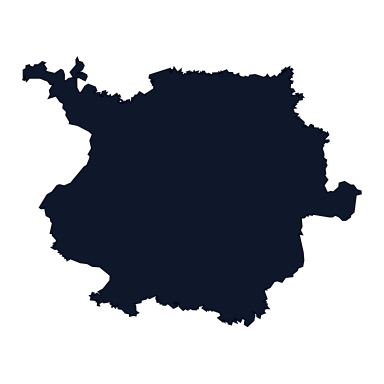 Ban Dung, Udon Thani, Thailand, rotated 270°
{"feature_id": "78962969B17101559907344", "entity_name": "Ban Dung", "entity_type": "district", "adm_level": 2, "iso_a3": "THA", "parent_name": "Thailand", "parent_adm1": "Udon Thani", "projection": "albers", "projection_center": [103.231, 17.709], "detail": "fine", "context": "isolated", "style": "filled", "palette": "ink", "viewbox_px": 384, "rotation_deg": 270, "n_neighbors": 0, "source": "geoboundaries", "source_scale": "gbopen_adm2", "svg_char_len": 5909}
<svg xmlns="http://www.w3.org/2000/svg" viewBox="0 0 384 384"><g transform="rotate(270 192 192)"><path d="M313.9,23.4L306.6,23.5L307.2,24.7L304.4,23.0L303.8,24.2L305.6,25.4L302.8,26.4L306.0,29.3L306.0,40.2L302.9,48.0L299.8,50.1L299.3,53.2L293.6,49.6L289.4,50.6L285.9,48.7L288.2,56.1L282.4,60.1L280.5,63.7L276.0,63.0L272.3,66.8L268.9,66.0L262.2,69.9L260.5,69.5L258.8,77.7L252.8,89.2L249.7,92.6L243.4,90.1L235.7,91.8L229.5,88.4L228.4,90.0L226.1,90.1L218.5,87.0L216.9,84.2L200.7,70.8L197.9,64.3L199.1,59.4L198.2,57.0L191.9,52.2L189.1,47.2L176.5,39.6L175.4,41.2L176.0,44.9L168.5,46.3L166.3,50.4L162.8,51.0L161.0,52.7L150.8,50.4L150.5,52.5L148.6,52.6L143.9,56.8L141.4,56.0L140.7,53.8L139.7,55.2L138.6,53.3L137.6,54.2L136.5,51.7L134.7,54.9L135.3,56.6L132.8,59.5L131.7,58.6L131.3,60.8L130.1,60.4L130.1,63.4L128.0,62.7L127.2,64.9L125.8,65.0L126.2,66.0L123.5,67.2L125.5,70.4L121.5,80.3L120.6,87.4L117.9,92.2L117.3,99.8L108.6,110.4L103.4,110.1L94.7,103.1L92.2,98.4L89.9,100.9L88.3,99.9L90.6,97.1L88.6,93.8L90.9,93.9L91.3,92.3L88.7,91.6L88.3,89.9L86.9,91.3L84.3,90.6L83.6,97.4L82.3,96.4L81.9,97.8L78.6,97.6L78.3,99.3L80.4,98.4L82.6,103.2L81.4,103.8L82.4,110.0L81.1,111.9L80.2,110.4L78.4,112.8L76.5,111.5L78.2,114.1L76.2,115.4L79.3,117.5L75.4,118.4L74.8,122.2L71.1,125.4L70.3,129.7L67.9,129.8L68.9,133.5L68.3,135.8L70.3,136.2L71.2,138.3L72.8,135.8L78.5,135.4L80.2,134.1L81.6,140.9L84.0,141.2L85.0,145.9L86.8,147.5L85.6,149.4L88.8,156.0L86.7,157.5L86.6,156.2L85.0,156.1L84.1,158.3L83.0,158.2L83.3,156.9L81.9,157.2L82.0,159.8L80.2,160.3L80.2,162.9L79.1,163.0L78.9,165.4L80.7,167.8L75.9,173.5L77.9,177.4L79.7,177.1L80.9,173.5L81.8,175.5L80.6,178.4L77.4,179.5L73.8,183.1L75.6,185.5L74.1,187.7L75.8,190.9L74.6,192.3L74.4,196.4L75.6,196.7L75.4,198.1L77.8,198.4L78.8,203.8L78.0,204.4L76.0,202.3L73.2,206.4L74.5,206.6L73.5,208.7L74.9,209.8L73.1,212.0L73.8,213.0L71.4,219.8L68.0,221.3L66.1,218.0L62.3,222.8L63.7,223.2L62.0,224.8L63.5,224.8L62.2,227.0L63.2,227.8L60.2,228.5L59.4,231.3L63.2,232.4L61.2,236.8L65.5,235.0L62.0,240.5L66.1,242.2L64.3,245.2L59.6,244.6L57.8,247.5L63.5,253.6L68.5,254.6L71.8,253.5L70.1,256.9L67.5,257.1L65.9,259.9L69.5,260.6L71.1,265.0L72.9,263.6L75.6,265.4L75.5,268.8L78.0,266.6L79.8,267.1L79.9,265.7L82.1,266.0L82.4,263.5L85.2,266.8L92.9,264.0L95.0,265.5L94.4,266.6L95.4,266.5L96.5,269.9L102.6,274.1L103.4,277.3L101.9,281.9L106.8,285.5L107.6,292.6L109.9,292.5L113.4,297.0L116.2,298.1L117.7,302.5L123.5,303.6L131.3,303.0L150.1,298.9L149.5,302.3L153.8,300.1L157.4,301.8L166.1,301.0L166.4,304.4L169.1,306.9L168.1,308.0L169.6,308.4L168.9,312.3L170.0,312.9L167.3,329.4L167.3,332.5L169.0,335.3L167.0,339.6L163.8,342.6L163.9,345.8L167.0,350.3L168.9,350.4L171.9,353.8L189.1,356.0L190.2,361.0L192.9,360.8L194.1,356.8L198.7,353.5L198.7,350.7L202.3,344.6L200.8,339.4L196.8,339.0L191.8,333.3L192.4,330.8L191.2,327.3L198.6,323.8L204.3,327.6L208.5,324.5L210.2,325.5L215.3,324.9L218.8,326.8L221.0,325.7L224.0,326.4L226.0,323.4L229.9,323.8L236.0,322.0L238.5,323.6L239.2,322.6L242.4,325.8L241.5,326.9L242.7,329.0L243.9,328.7L243.6,325.2L244.9,324.4L249.2,328.6L251.6,327.4L250.1,326.3L251.9,324.9L252.4,321.0L254.1,322.3L255.1,321.6L254.1,319.3L255.7,318.4L256.0,313.4L258.3,313.3L259.1,311.6L257.9,311.8L259.0,310.4L256.4,308.6L257.5,306.6L256.0,305.3L257.9,305.8L257.5,303.7L258.7,305.0L259.1,303.5L261.7,304.0L265.1,300.2L265.0,298.0L266.7,299.2L267.2,295.8L269.9,298.1L271.1,294.2L275.7,292.5L276.1,295.6L277.4,293.7L279.8,296.3L281.0,295.6L281.8,297.8L284.0,298.3L284.5,302.1L286.9,302.0L286.9,303.3L288.6,301.7L290.0,302.2L289.8,300.2L287.8,298.6L290.5,298.1L290.2,296.0L288.5,296.9L288.3,291.6L291.5,291.7L292.6,294.5L294.9,293.1L295.2,289.9L300.8,290.4L300.7,292.0L302.7,292.8L303.3,290.3L305.3,288.9L305.7,290.2L307.2,289.6L306.7,291.9L309.0,291.7L310.5,293.1L313.0,290.8L314.3,292.7L315.4,291.8L314.4,290.4L315.1,289.4L317.1,289.6L315.2,286.7L316.1,285.6L315.0,284.7L312.7,285.8L314.1,283.4L312.8,283.5L313.3,282.1L311.0,282.7L311.3,281.5L309.6,281.7L310.2,279.8L307.2,277.3L306.7,275.7L308.4,274.5L305.7,270.0L309.3,267.3L307.4,266.2L306.5,263.5L309.2,255.3L308.6,249.9L306.4,248.6L307.6,245.2L306.5,244.4L307.2,240.7L308.6,238.7L310.4,238.6L308.7,235.2L309.7,232.9L311.2,232.5L311.3,228.4L313.9,226.6L312.1,222.3L310.8,222.4L312.5,221.1L310.8,220.4L311.9,218.9L309.8,218.4L311.0,217.4L311.0,215.1L310.0,215.2L311.0,213.1L308.6,212.3L310.4,208.8L309.1,208.2L310.3,206.9L309.1,205.9L312.5,204.4L312.5,202.6L310.2,202.5L312.2,200.2L310.7,200.8L310.1,199.5L310.8,197.2L312.6,198.0L311.6,194.5L312.8,194.1L311.1,193.3L311.9,191.2L310.4,190.2L312.8,189.7L311.9,186.9L310.0,188.5L310.1,184.6L308.5,183.4L310.4,181.7L311.4,182.3L311.5,180.6L314.6,181.0L311.6,177.5L316.5,174.1L314.0,173.3L314.2,170.8L312.0,171.6L311.2,170.5L315.4,170.2L308.9,149.8L306.1,149.2L304.1,152.9L302.9,150.8L301.0,151.8L302.1,153.3L298.9,152.5L297.8,154.2L294.9,153.7L289.0,144.4L292.0,139.5L288.7,137.3L288.7,135.2L285.8,133.4L286.2,132.0L282.8,131.7L283.0,133.2L281.5,129.8L284.1,129.4L283.5,126.7L281.2,126.6L281.6,125.0L282.5,125.8L282.5,122.7L281.7,121.6L280.9,123.0L280.6,121.8L282.4,117.9L284.3,120.1L283.4,122.7L285.7,118.7L287.5,119.2L287.3,120.2L288.9,119.5L288.0,117.7L290.4,116.8L286.5,111.2L289.1,110.2L287.7,108.5L289.5,105.5L291.5,107.0L291.4,104.8L293.0,105.3L292.3,102.5L288.7,101.6L287.7,102.8L287.1,101.6L288.3,100.2L289.2,101.0L289.2,99.6L291.2,99.7L290.8,94.6L292.0,94.4L293.3,96.6L296.8,95.2L299.6,88.2L297.5,84.9L291.4,81.2L291.5,79.0L296.4,76.6L305.8,76.5L306.9,78.6L303.5,85.1L307.6,87.0L309.1,86.5L311.6,81.8L309.6,76.3L315.0,82.5L318.6,83.9L321.6,82.0L322.5,78.6L326.2,77.3L324.3,76.1L319.1,76.5L311.8,70.3L306.3,73.8L305.4,68.9L302.6,65.5L303.8,64.1L309.4,64.2L313.4,62.8L314.4,60.8L310.3,54.8L312.3,46.7L313.9,45.1L315.4,46.5L319.9,43.3L321.1,45.1L322.2,42.4L319.0,38.3L319.1,34.9L316.7,33.3L317.4,30.1L319.0,29.3L318.2,26.3L315.3,26.1L313.9,23.4Z" fill="#0f172a" stroke="#020617" stroke-width="1.5"/></g></svg>